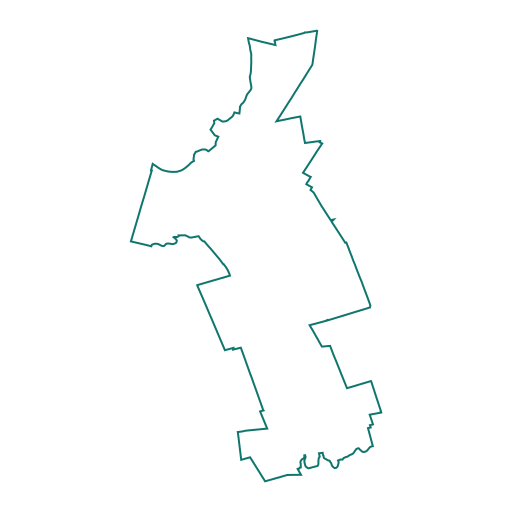 Mircea Voda, Braila, Romania (Equal Earth projection)
{"feature_id": "2599482B59099327438734", "entity_name": "Mircea Voda", "entity_type": "district", "adm_level": 2, "iso_a3": "ROU", "parent_name": "Romania", "parent_adm1": "Braila", "projection": "equal_earth", "projection_center": [27.401, 45.112], "detail": "fine", "context": "isolated", "style": "outline", "palette": "teal", "viewbox_px": 512, "rotation_deg": 0, "n_neighbors": 0, "source": "geoboundaries", "source_scale": "gbopen_adm2", "svg_char_len": 5920}
<svg xmlns="http://www.w3.org/2000/svg" viewBox="0 0 512 512"><path d="M130.9,241.4L136.4,242.7L145.9,244.9L151.3,246.3L151.6,245.2L151.9,244.8L153.2,244.2L154.4,243.8L155.7,243.7L157.1,243.8L158.6,244.2L159.9,244.9L161.7,245.8L163.1,246.1L164.2,245.9L165.1,245.0L165.8,244.1L166.9,243.6L168.2,243.5L170.0,243.7L172.2,244.1L173.8,243.9L175.5,243.2L176.0,242.8L176.6,241.9L176.8,240.5L175.9,239.1L173.6,237.2L174.1,236.9L177.3,237.0L179.1,235.8L178.9,235.4L185.3,235.3L188.6,236.9L189.0,237.3L191.1,237.6L198.0,236.3L198.6,236.2L200.6,239.1L202.7,241.0L203.1,241.2L203.8,241.4L204.4,241.4L205.9,243.3L209.7,247.7L210.1,248.0L212.1,250.4L216.7,255.9L219.2,258.8L223.3,264.3L223.7,264.2L225.9,267.1L227.6,269.9L229.1,273.1L230.0,275.6L229.4,275.8L211.8,280.9L199.1,284.6L197.2,285.2L197.3,285.6L201.5,295.2L205.8,305.2L207.5,309.2L209.3,313.5L211.6,318.8L224.7,349.7L224.9,350.2L233.4,347.9L233.1,349.6L240.8,347.7L242.4,352.0L250.7,375.3L250.8,375.3L256.6,391.5L263.3,410.4L263.4,410.5L260.1,411.4L267.2,428.6L257.9,429.5L248.7,430.4L244.8,430.8L243.7,431.2L239.8,431.8L237.8,432.0L238.4,436.6L241.2,459.8L244.1,459.0L250.1,457.3L259.3,472.0L265.1,481.3L280.3,477.0L287.2,475.0L291.1,474.9L296.0,474.9L298.8,474.8L301.0,474.8L297.6,468.9L297.8,468.8L298.2,468.9L298.6,468.8L299.0,468.7L299.3,468.5L299.5,468.3L299.6,468.0L299.6,467.7L300.8,467.4L300.7,464.5L300.6,463.3L300.4,462.6L300.5,461.9L300.5,461.6L300.6,461.2L300.8,460.8L301.1,460.4L301.7,459.5L303.5,458.5L304.3,457.4L304.4,456.4L304.3,456.2L304.3,455.3L305.1,455.2L305.5,456.7L305.5,457.4L305.4,457.7L305.3,458.1L305.2,458.4L304.9,458.8L304.7,459.7L304.4,460.5L304.4,461.2L304.4,461.6L304.5,462.3L304.7,463.3L305.0,464.3L305.2,465.3L305.5,466.0L305.9,466.6L306.2,467.0L306.7,467.3L307.6,467.9L308.1,468.2L308.6,468.3L309.1,468.2L311.3,467.6L312.5,467.2L313.2,467.1L314.6,466.7L315.7,466.4L316.2,466.3L317.1,466.1L317.4,466.0L317.6,465.9L317.9,465.4L318.2,464.9L318.3,464.4L318.4,464.0L318.4,463.7L318.4,463.3L318.4,462.5L318.4,461.2L318.5,460.1L318.7,458.7L318.8,458.2L318.9,457.8L319.1,457.4L319.4,457.0L319.7,456.7L319.0,453.3L322.7,452.8L322.9,454.3L323.1,455.2L323.2,455.3L323.3,455.4L323.4,455.5L323.5,455.6L323.4,456.1L323.6,456.6L323.8,457.5L323.9,457.9L324.2,458.1L324.5,458.4L325.1,458.7L326.4,459.4L326.7,459.5L326.9,459.7L327.4,460.1L328.2,460.4L328.4,460.5L328.7,460.5L329.1,460.5L329.3,460.6L329.7,460.9L329.9,461.1L330.2,461.9L330.6,462.5L330.8,462.7L331.1,462.9L331.2,463.3L331.7,464.8L332.0,465.6L332.4,466.2L332.9,466.7L333.7,467.4L334.6,468.1L335.6,468.0L336.1,467.9L336.8,467.4L337.3,466.8L337.5,466.6L337.6,466.4L338.5,463.3L338.6,462.6L338.6,461.8L338.0,460.5L340.4,459.5L341.5,459.6L342.5,459.6L343.0,458.8L343.7,458.0L344.3,457.8L345.0,457.5L345.4,457.2L345.9,457.0L346.7,456.9L347.4,456.7L347.9,456.4L348.3,456.0L349.0,455.5L350.2,454.9L351.0,454.6L352.3,454.0L353.0,453.6L353.3,453.3L353.8,452.6L354.3,451.9L355.3,450.4L355.9,449.5L356.7,448.8L357.7,448.4L358.7,448.3L359.0,448.5L359.6,449.3L362.3,451.7L363.0,451.9L363.8,452.0L364.7,451.8L365.3,451.6L366.2,451.3L366.9,450.7L367.5,450.1L370.0,447.1L372.4,446.1L372.8,446.1L368.0,428.1L370.7,427.5L369.9,425.2L373.0,424.4L369.7,414.7L381.0,412.6L380.8,411.9L381.1,411.9L380.9,411.3L380.9,411.1L380.7,410.5L376.2,396.8L373.4,388.2L371.1,381.1L370.9,381.1L357.0,385.2L356.9,385.3L347.0,388.2L341.7,375.1L339.9,370.6L338.4,366.8L336.2,361.3L334.0,356.1L332.3,351.7L330.8,347.7L330.1,345.9L321.9,346.6L319.9,343.1L317.8,339.3L315.7,335.7L313.5,331.7L309.9,325.7L309.6,325.2L321.0,322.2L324.6,321.2L326.8,320.6L326.7,320.3L327.5,320.0L327.6,320.4L348.9,313.9L354.1,312.3L360.4,310.4L364.7,309.1L369.1,307.7L369.9,307.5L370.4,305.5L369.0,301.6L367.5,297.5L364.7,290.1L363.1,285.8L361.8,282.1L359.7,277.1L358.1,273.0L356.5,268.9L355.0,264.8L353.2,260.5L351.8,256.6L349.9,251.8L348.5,248.0L346.3,242.5L345.3,242.8L336.9,229.8L331.6,221.7L333.7,219.5L330.7,220.1L329.0,217.6L321.2,205.5L313.6,192.5L311.7,190.9L310.5,190.0L312.0,187.3L310.7,186.6L306.3,184.2L306.6,183.4L307.5,182.1L308.0,181.3L308.3,181.1L310.7,176.9L309.9,176.6L303.0,172.8L305.8,168.6L308.4,164.6L312.3,158.6L316.9,151.4L319.5,147.5L322.2,143.5L319.7,142.3L320.1,141.6L320.2,141.4L320.2,141.0L315.3,141.6L311.0,142.2L305.0,143.0L304.2,139.0L303.4,134.0L301.9,126.0L301.1,121.2L300.3,116.5L294.4,117.6L289.4,118.6L284.3,119.7L279.2,120.7L276.5,121.3L277.2,120.2L280.0,115.9L285.3,107.6L288.1,103.2L291.5,98.0L294.9,92.4L297.5,88.4L300.2,84.0L303.4,79.1L306.0,74.9L309.6,69.1L312.0,65.3L312.4,64.6L313.2,58.8L313.9,54.2L314.8,48.2L315.4,43.6L316.0,38.9L316.8,33.6L317.2,30.9L316.8,30.7L311.3,31.7L306.4,32.5L305.4,32.3L305.1,32.3L304.4,32.9L296.6,35.0L284.6,38.0L274.7,40.3L274.5,40.7L274.5,41.2L274.6,41.4L274.9,41.9L275.1,42.1L275.1,42.4L275.2,44.4L275.4,45.0L270.6,43.9L261.5,41.7L261.4,41.7L251.3,39.0L248.1,38.2L248.3,39.5L248.6,41.3L249.0,43.1L249.6,45.2L249.9,46.5L250.0,47.7L250.3,50.0L250.7,51.6L251.3,54.3L251.2,58.0L251.3,61.9L251.1,66.6L250.9,71.4L250.6,73.7L249.8,76.9L250.0,78.8L250.4,81.6L251.4,86.9L251.2,89.0L250.3,90.3L249.0,92.1L247.6,93.7L246.7,95.3L246.0,97.2L245.5,98.9L244.9,100.2L243.6,102.1L242.9,103.0L241.4,104.3L240.0,106.7L239.9,108.9L239.4,113.5L237.3,113.1L234.4,112.4L233.5,114.7L232.4,116.5L228.9,119.3L227.7,120.4L226.0,121.1L224.2,121.5L222.4,121.5L217.5,118.7L214.0,120.7L214.3,123.2L214.2,123.4L212.0,127.3L210.5,129.6L214.8,135.3L218.3,136.7L215.8,142.1L215.6,143.8L215.6,145.4L209.7,150.3L208.6,151.2L208.2,151.3L206.5,149.9L205.1,149.5L204.1,149.4L202.3,149.5L201.8,149.6L199.7,150.4L197.0,151.6L195.7,151.8L195.1,153.0L194.1,154.6L193.5,159.6L194.0,160.9L191.3,162.5L188.2,165.5L185.2,168.0L183.0,169.5L180.6,170.7L176.8,171.8L172.7,171.9L169.5,171.7L166.5,171.2L162.1,170.0L158.5,167.9L156.6,166.5L152.7,163.9L151.0,170.4L151.8,170.5L148.8,180.6L146.8,187.5L144.5,195.4L141.0,206.9L138.6,215.3L136.5,222.4L135.8,224.8L130.9,241.4Z" fill="none" stroke="#0f766e" stroke-width="2"/></svg>